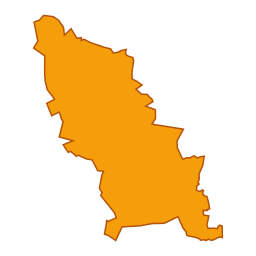 Soyopa, Sonora, Mexico (Robinson projection)
{"feature_id": "50627088B25999979244986", "entity_name": "Soyopa", "entity_type": "district", "adm_level": 2, "iso_a3": "MEX", "parent_name": "Mexico", "parent_adm1": "Sonora", "projection": "robinson", "projection_center": [-109.561, 28.809], "detail": "fine", "context": "isolated", "style": "filled", "palette": "amber", "viewbox_px": 256, "rotation_deg": 0, "n_neighbors": 0, "source": "geoboundaries", "source_scale": "gbopen_adm2", "svg_char_len": 2080}
<svg xmlns="http://www.w3.org/2000/svg" viewBox="0 0 256 256"><path d="M200.5,240.2L204.2,239.7L206.2,240.6L208.1,239.2L210.1,239.9L211.2,240.3L213.1,240.0L219.4,237.0L222.4,237.6L222.3,233.8L222.2,229.7L222.1,225.9L219.5,225.2L217.9,227.0L217.4,228.7L213.9,228.2L210.1,228.3L209.5,228.3L208.1,228.4L206.9,225.1L208.3,218.4L208.9,215.9L203.7,215.1L203.0,210.5L207.1,210.5L207.0,209.7L209.7,208.9L208.5,202.4L208.4,202.0L206.9,196.5L206.9,196.4L206.2,196.4L204.7,196.0L203.0,194.2L202.9,191.7L203.5,190.6L202.4,189.9L199.9,191.6L196.5,190.1L196.7,186.4L199.1,184.0L198.0,182.9L199.2,178.9L199.1,173.8L202.7,165.6L204.2,156.2L200.3,156.8L197.5,158.0L194.1,155.8L191.9,156.7L190.4,157.9L186.3,157.8L183.4,159.0L182.9,159.1L182.5,159.0L178.4,150.1L177.3,147.9L177.0,141.0L183.4,129.2L152.0,124.2L155.5,118.6L155.4,109.8L145.6,106.1L153.0,101.6L151.7,98.7L150.1,97.7L148.2,95.5L147.2,94.4L141.5,94.2L136.0,89.2L142.1,85.0L136.7,81.3L132.2,79.0L132.1,77.0L131.9,72.6L133.6,60.8L132.8,57.5L128.6,56.3L127.1,55.4L125.4,53.7L126.2,49.4L120.4,50.8L119.6,51.3L119.8,51.8L116.4,52.5L113.4,53.1L110.7,48.9L103.9,47.2L103.3,47.0L103.0,46.9L91.8,43.0L90.3,42.5L86.9,40.8L83.9,39.2L81.4,40.5L81.2,37.7L76.8,38.2L71.1,28.7L64.4,35.2L63.5,27.3L58.8,20.5L53.4,16.7L43.6,15.4L39.2,20.3L34.1,22.0L37.8,41.1L33.6,48.0L44.8,55.9L44.7,59.2L44.7,73.2L44.7,73.8L44.7,74.9L45.3,81.6L47.3,89.7L52.0,95.8L53.2,97.3L53.3,97.6L54.5,99.4L46.7,103.3L51.7,115.8L59.1,112.0L60.5,115.6L61.3,118.9L63.1,121.6L59.2,137.0L70.5,140.0L73.0,140.7L63.2,144.8L66.7,150.1L68.2,152.3L70.8,151.4L76.3,156.3L78.3,155.3L83.7,157.7L86.2,158.9L92.0,159.9L94.2,164.0L95.0,165.4L97.7,170.7L103.5,171.3L101.9,174.9L99.4,188.3L102.1,192.6L101.3,194.2L100.7,195.5L114.5,212.8L115.9,216.8L116.2,217.9L107.8,221.5L107.7,221.6L106.5,219.8L106.9,221.1L106.7,221.6L104.5,234.2L108.3,235.4L115.7,240.5L122.1,226.9L136.1,226.1L136.9,226.0L137.2,225.9L140.7,225.7L152.7,223.5L155.7,223.5L164.2,223.3L178.0,216.7L183.0,228.0L186.0,231.9L186.9,235.6L195.8,237.4L199.6,238.9L200.5,240.2Z" fill="#f59e0b" stroke="#b45309" stroke-width="1.5"/></svg>